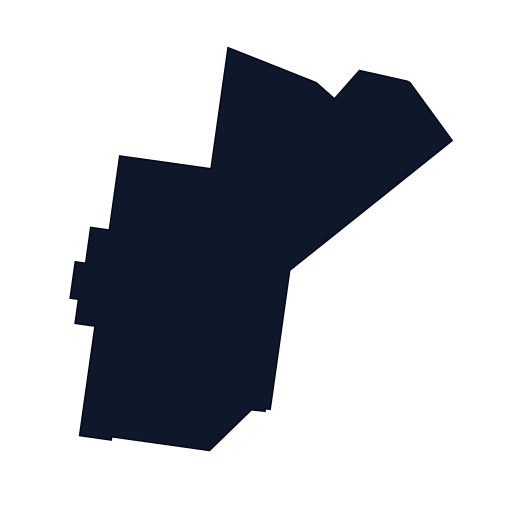 the district of 95, Ar Rayyān, Qatar, rotated 8°
{"feature_id": "91078587B87782055915042", "entity_name": "95", "entity_type": "district", "adm_level": 2, "iso_a3": "QAT", "parent_name": "Qatar", "parent_adm1": "Ar Rayyān", "projection": "mercator", "projection_center": [51.234, 24.913], "detail": "fine", "context": "isolated", "style": "filled", "palette": "ink", "viewbox_px": 512, "rotation_deg": 8, "n_neighbors": 0, "source": "geoboundaries", "source_scale": "gbopen_adm2", "svg_char_len": 540}
<svg xmlns="http://www.w3.org/2000/svg" viewBox="0 0 512 512"><g transform="rotate(8 256 256)"><path d="M106.3,458.2L106.3,458.4L138.3,458.4L138.3,455.1L237.0,455.1L272.9,408.9L286.6,408.5L286.5,405.9L291.4,405.9L291.4,265.5L345.2,208.6L434.0,114.6L434.2,114.4L384.5,63.1L381.9,61.9L332.6,57.9L311.8,89.4L291.6,76.0L243.6,64.3L199.3,53.6L199.3,175.9L107.1,175.9L107.1,176.0L107.1,250.7L88.3,250.7L88.3,286.9L77.8,286.9L77.8,323.6L86.2,323.6L86.2,347.9L106.3,347.9L106.3,458.2Z" fill="#0f172a" stroke="#020617" stroke-width="1.5"/></g></svg>